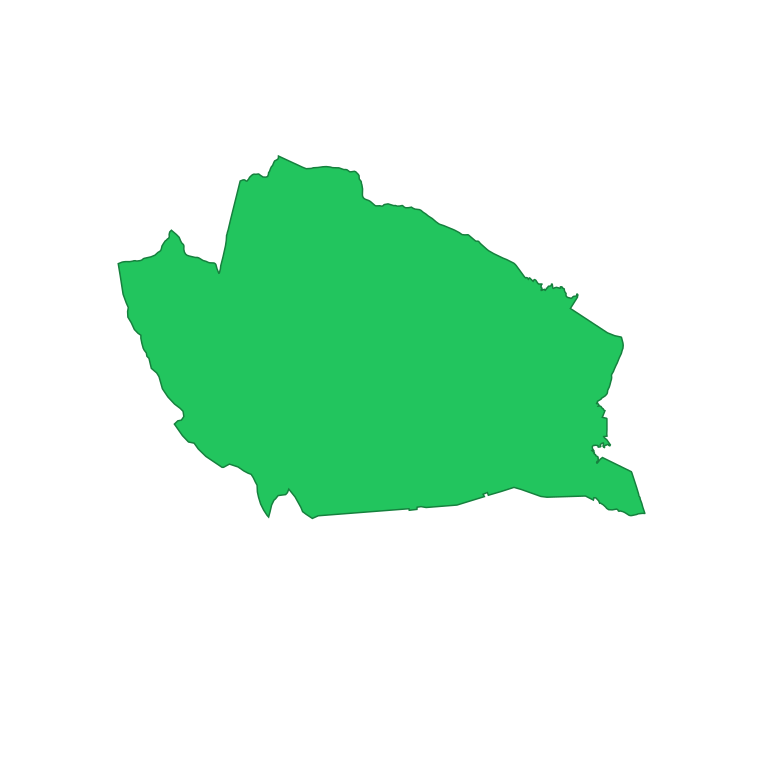 Solca, Suceava, Romania, rotated 29°
{"feature_id": "2599482B53673955523136", "entity_name": "Solca", "entity_type": "district", "adm_level": 2, "iso_a3": "ROU", "parent_name": "Romania", "parent_adm1": "Suceava", "projection": "albers", "projection_center": [25.836, 47.708], "detail": "fine", "context": "isolated", "style": "filled", "palette": "green", "viewbox_px": 768, "rotation_deg": 29, "n_neighbors": 0, "source": "geoboundaries", "source_scale": "gbopen_adm2", "svg_char_len": 6154}
<svg xmlns="http://www.w3.org/2000/svg" viewBox="0 0 768 768"><g transform="rotate(29 384 384)"><path d="M263.3,533.7L282.7,535.4L284.1,534.6L287.6,529.0L296.6,527.3L303.6,528.0L308.3,527.9L311.6,527.4L315.1,529.3L319.0,532.1L322.1,534.1L325.6,539.8L329.2,543.9L334.3,548.8L339.8,552.6L345.5,555.6L347.6,556.3L346.3,551.1L344.4,544.4L344.1,538.9L344.8,537.1L345.5,532.9L351.6,528.4L352.2,525.9L351.7,522.1L361.0,525.9L371.1,532.2L374.7,535.1L378.9,535.7L386.5,536.3L390.4,531.1L466.3,481.0L467.3,482.2L473.6,477.7L472.7,475.7L475.8,473.3L480.7,471.6L506.5,454.5L526.4,433.8L524.1,432.4L527.0,428.8L529.2,430.7L538.6,421.2L547.8,411.4L555.2,409.7L575.7,406.3L581.4,404.0L614.5,384.3L623.4,384.0L622.7,381.7L624.4,380.9L628.4,382.1L630.4,383.7L630.9,383.2L634.4,383.4L637.6,384.2L639.0,384.8L641.4,385.0L644.7,383.4L648.0,380.7L649.0,380.6L649.8,380.8L650.3,381.3L651.2,381.4L652.2,380.5L655.0,379.8L657.3,379.7L661.9,380.0L663.2,379.7L664.3,379.1L668.2,375.7L669.3,374.3L672.8,371.8L674.8,370.8L674.8,370.6L670.0,366.2L667.3,363.4L663.9,360.5L662.9,359.2L661.1,358.2L660.2,357.0L655.4,352.3L643.7,341.4L642.8,340.8L610.7,342.4L609.6,345.0L608.9,349.7L608.8,349.9L608.5,350.0L608.0,349.6L607.8,348.5L608.4,347.5L608.5,346.9L607.9,346.3L607.8,345.6L607.0,345.1L606.9,344.5L606.7,344.2L605.9,344.0L604.0,344.0L603.5,343.4L601.4,343.0L601.3,342.2L600.9,341.9L599.7,341.8L598.0,341.4L598.1,341.2L598.9,341.1L599.8,340.6L597.9,339.6L596.8,338.3L596.6,337.8L596.7,337.0L596.9,336.2L597.8,335.8L598.1,335.3L600.4,334.3L601.2,334.3L601.6,335.1L602.0,335.3L603.5,334.3L603.8,333.8L603.8,333.2L602.8,332.7L602.6,332.1L603.2,330.4L604.2,329.3L604.6,329.3L604.8,329.7L605.7,332.2L606.8,332.8L607.6,332.7L607.6,332.4L606.9,331.3L607.0,330.7L607.3,330.3L608.1,329.6L608.8,328.6L609.1,328.4L609.9,328.4L610.3,328.7L611.2,328.7L611.5,328.5L611.5,327.5L605.8,324.7L603.0,324.2L601.7,323.4L604.3,321.5L603.0,319.6L601.1,315.8L595.8,306.3L595.3,306.1L591.1,307.3L590.2,300.2L588.8,300.2L587.9,299.5L586.4,299.3L584.7,298.5L583.3,298.6L582.1,299.5L582.2,298.2L581.9,298.0L581.2,297.8L580.4,297.3L580.1,297.4L579.7,297.6L579.6,298.0L579.4,298.0L579.3,297.4L579.5,297.2L579.6,296.8L579.1,295.7L581.2,292.0L581.2,291.0L583.2,287.2L583.5,286.1L583.8,284.4L583.6,283.3L582.7,281.0L582.5,277.4L582.0,275.1L580.9,270.9L580.8,270.1L580.1,268.2L578.7,266.0L578.5,265.0L578.6,261.8L578.3,259.9L577.9,255.2L577.8,252.6L577.1,247.1L576.8,242.3L575.9,238.7L575.7,237.0L574.6,234.5L573.9,233.4L573.1,232.3L569.1,228.1L568.6,228.0L562.4,229.9L554.6,230.9L510.4,227.6L511.1,214.9L511.1,214.0L510.5,213.2L510.5,212.2L509.7,211.7L509.3,211.7L509.1,211.9L509.1,212.2L509.8,213.4L509.8,213.6L507.4,215.4L507.0,216.1L506.5,217.9L506.2,218.3L502.4,219.3L500.7,218.8L499.9,217.7L499.3,216.5L497.7,215.8L496.4,214.7L495.6,213.5L495.0,213.4L493.7,213.5L493.0,212.9L492.2,212.9L491.3,213.4L491.2,213.7L491.9,214.5L491.4,215.0L488.0,215.8L486.7,217.0L486.3,217.7L485.9,218.2L485.5,218.2L485.1,218.2L483.3,215.8L482.9,215.3L482.4,215.1L482.1,215.5L482.4,216.6L482.4,217.0L481.9,217.8L480.5,218.7L480.3,219.2L480.4,220.5L479.7,221.5L479.9,222.0L479.7,223.9L479.4,224.0L479.0,223.5L478.4,223.4L477.6,224.3L476.8,224.6L476.7,224.9L476.9,225.4L476.7,225.6L476.1,225.9L475.8,225.5L475.8,224.4L475.7,223.6L474.6,223.4L474.2,222.9L474.1,222.4L473.6,221.3L473.7,220.6L473.8,220.2L473.6,220.0L470.8,221.6L469.4,221.2L466.6,219.7L465.3,219.6L464.9,219.8L464.7,220.2L464.6,221.9L460.0,220.6L459.7,221.0L459.4,222.4L458.3,221.7L457.7,221.7L457.1,221.8L456.5,222.5L455.2,222.3L442.2,216.3L440.8,215.8L439.0,215.4L431.0,215.7L427.1,216.2L416.8,216.8L411.1,216.7L409.4,216.5L400.2,214.4L397.6,213.4L396.6,213.7L395.4,214.4L394.6,214.5L385.7,212.7L385.0,212.8L382.4,214.4L379.8,215.5L376.4,215.1L371.1,215.2L359.5,216.5L355.3,217.3L354.1,217.3L350.8,216.9L346.1,215.9L341.3,215.6L338.2,215.0L335.1,214.8L332.1,214.2L330.5,214.3L326.3,216.0L323.7,216.2L322.3,216.0L320.0,217.9L317.6,219.3L316.2,219.5L313.9,219.0L313.3,219.1L311.5,220.7L309.4,222.0L307.3,222.4L306.2,223.2L300.2,224.5L297.4,226.8L296.9,227.6L296.8,228.3L296.4,229.1L295.9,229.5L293.8,230.2L291.2,231.8L290.2,232.2L289.4,232.2L283.8,231.0L281.9,230.9L278.0,231.5L276.5,231.4L275.3,230.9L274.2,230.1L273.3,228.8L270.7,223.8L268.1,220.5L266.8,219.3L266.3,218.4L265.6,217.8L263.0,216.7L261.1,213.8L259.8,213.1L256.4,212.1L255.0,212.3L252.0,214.6L251.0,215.0L247.9,214.6L246.7,214.9L245.0,215.9L239.8,216.8L234.2,219.7L231.8,220.3L228.2,221.8L225.3,223.6L221.2,226.7L217.3,229.2L216.0,230.6L211.6,233.4L207.7,233.9L181.2,235.8L182.2,237.9L182.1,238.6L181.5,240.0L180.2,241.9L180.2,243.4L180.6,246.9L180.2,248.5L180.3,250.6L180.8,253.5L180.6,255.0L180.7,255.5L181.2,256.4L181.6,258.8L181.2,259.5L180.3,260.4L177.9,261.6L174.7,261.4L173.2,261.1L172.3,261.2L170.3,262.7L168.5,263.5L167.5,264.7L166.9,266.2L166.2,268.5L166.3,270.1L165.8,272.9L165.2,273.3L163.8,273.1L162.8,273.2L161.7,273.9L159.8,276.2L170.0,314.2L173.0,324.8L173.5,327.3L174.1,329.2L174.2,330.2L176.5,335.0L178.4,340.1L181.6,351.0L183.9,359.8L185.1,362.6L186.2,366.8L185.8,367.2L182.0,364.1L179.1,361.1L178.4,360.7L177.2,360.5L176.4,360.7L173.0,362.4L171.6,362.8L168.9,363.0L165.8,363.7L161.2,363.5L159.6,363.7L157.6,364.8L151.6,366.5L149.3,366.9L147.6,366.6L145.5,365.4L143.6,363.2L142.1,360.3L141.0,359.3L138.7,358.7L136.7,357.4L133.7,355.0L130.0,353.9L123.5,352.6L122.9,354.9L123.5,357.2L124.8,359.3L125.0,360.8L124.3,362.1L123.9,363.8L123.3,364.9L123.0,368.2L123.0,369.4L122.9,370.9L123.7,373.6L124.0,375.5L123.5,376.8L122.5,378.5L121.2,382.4L118.5,385.8L113.2,390.5L112.7,391.3L112.2,392.7L111.6,393.6L110.5,394.6L108.2,396.3L106.6,396.8L105.6,397.4L104.5,398.5L102.4,400.2L98.7,402.2L97.4,403.1L95.9,404.3L93.2,407.6L100.9,417.3L112.3,432.0L119.2,438.0L123.3,441.1L124.6,444.9L127.6,449.7L133.2,452.9L139.3,457.4L144.3,458.9L147.7,459.2L149.2,461.9L152.5,465.8L156.1,469.5L158.1,470.8L161.0,472.0L163.2,474.7L166.0,475.5L172.9,483.1L179.8,484.5L183.7,486.7L192.5,495.6L201.3,500.1L210.5,503.1L217.5,504.1L221.5,505.3L224.7,509.5L224.3,513.8L221.5,516.2L220.1,520.7L232.8,526.9L241.1,529.5L246.6,527.8L253.1,530.9L263.3,533.7Z" fill="#22c55e" stroke="#15803d" stroke-width="1.5"/></g></svg>